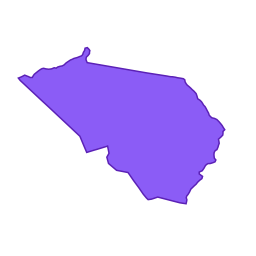 the district of Ribeira do Amparo, Bahia, Brazil, rotated 255°
{"feature_id": "56859067B91652113509777", "entity_name": "Ribeira do Amparo", "entity_type": "district", "adm_level": 2, "iso_a3": "BRA", "parent_name": "Brazil", "parent_adm1": "Bahia", "projection": "robinson", "projection_center": [-38.374, -10.959], "detail": "fine", "context": "isolated", "style": "filled", "palette": "violet", "viewbox_px": 256, "rotation_deg": 255, "n_neighbors": 0, "source": "geoboundaries", "source_scale": "gbopen_adm2", "svg_char_len": 1967}
<svg xmlns="http://www.w3.org/2000/svg" viewBox="0 0 256 256"><g transform="rotate(255 128 128)"><path d="M204.6,35.0L201.8,36.2L178.2,50.9L176.3,52.1L173.0,54.2L170.3,55.9L147.0,70.4L132.5,79.4L121.4,80.9L115.1,81.8L115.4,90.2L115.4,91.9L115.8,103.6L108.5,103.1L105.3,100.0L98.8,100.0L90.1,106.0L88.6,109.1L85.0,116.5L75.7,119.8L67.8,122.9L59.9,125.7L58.2,126.5L55.6,127.7L53.6,128.9L53.2,132.3L53.3,134.4L53.6,138.8L48.4,148.0L47.6,149.4L42.3,158.8L39.8,164.5L41.9,165.6L43.4,166.3L45.6,166.2L47.2,167.2L48.2,168.7L50.2,170.8L52.7,172.9L53.8,174.9L55.2,177.4L56.0,179.1L57.6,181.2L59.0,183.8L60.0,186.3L62.0,187.5L65.2,184.9L67.0,185.4L67.5,188.6L69.4,190.9L71.6,193.0L72.4,194.4L72.9,196.0L72.4,198.2L72.5,201.0L72.8,203.3L74.4,204.6L76.4,203.6L78.2,203.8L80.0,204.1L82.1,204.9L83.6,206.4L84.1,208.3L86.3,210.0L88.2,211.1L89.5,212.1L91.0,212.3L93.8,212.5L95.1,215.2L96.6,217.7L98.1,218.3L100.1,218.9L101.3,221.0L103.7,220.2L105.9,219.6L107.4,219.0L108.9,218.3L110.8,217.4L113.2,216.0L114.9,214.0L116.1,211.7L117.7,210.6L119.6,209.7L121.4,209.7L123.8,209.1L126.2,208.6L128.6,208.0L130.6,206.9L132.5,206.4L134.3,205.8L136.2,204.7L138.2,202.9L141.0,202.9L143.6,202.7L146.6,201.2L148.5,199.9L150.3,198.9L152.3,197.6L154.1,196.3L155.8,195.6L157.8,195.1L159.9,195.3L161.3,194.2L162.5,191.7L163.7,188.9L164.8,186.9L165.9,184.4L166.5,182.5L167.2,180.9L168.0,179.3L176.3,160.5L201.7,105.5L203.9,105.2L205.4,105.2L207.3,106.2L208.4,108.2L209.8,110.0L211.3,110.5L212.7,111.2L214.3,110.6L216.2,109.5L216.2,107.2L214.2,106.2L212.6,104.5L210.5,103.1L209.7,101.7L209.5,99.6L209.2,97.2L209.2,95.5L209.2,93.7L208.8,91.9L208.6,90.1L207.9,88.0L206.9,85.1L205.5,82.6L205.0,80.6L205.2,78.2L205.1,75.9L204.4,74.1L205.3,72.3L204.9,69.5L205.3,66.6L206.4,63.9L207.5,62.0L207.6,60.3L207.2,58.6L206.3,56.2L205.2,53.7L204.2,51.5L203.2,50.2L201.6,48.7L202.1,46.6L203.3,45.3L204.3,43.9L205.8,41.9L205.1,38.8L204.8,36.8L204.6,35.0Z" fill="#8b5cf6" stroke="#5b21b6" stroke-width="1.5"/></g></svg>